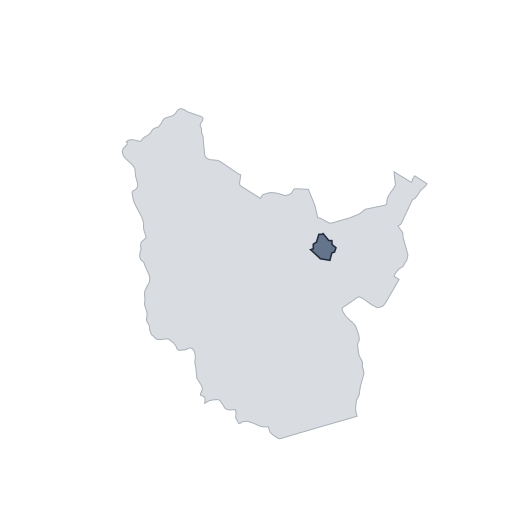 location of Canal/Pigi, Jonglei, South Sudan, rotated 32°
{"feature_id": "79223893B17498067697092", "entity_name": "Canal/Pigi", "entity_type": "district", "adm_level": 2, "iso_a3": "SSD", "parent_name": "South Sudan", "parent_adm1": "Jonglei", "projection": "robinson", "projection_center": [31.43, 9.096], "detail": "fine", "context": "in_parent", "style": "filled", "palette": "slate", "viewbox_px": 512, "rotation_deg": 32, "n_neighbors": 0, "source": "geoboundaries", "source_scale": "gbopen_adm2", "svg_char_len": 4009}
<svg xmlns="http://www.w3.org/2000/svg" viewBox="0 0 512 512"><g transform="rotate(32 256 256)"><path d="M386.9,382.7L374.4,396.9L373.5,397.8L372.0,398.9L366.9,398.9L361.7,398.2L356.9,394.5L352.0,397.4L348.9,398.3L347.0,398.6L342.6,399.1L336.5,400.6L333.7,402.5L332.2,404.0L331.0,406.8L330.4,407.1L329.3,406.8L327.7,405.7L324.4,404.0L322.8,400.5L321.2,398.4L320.0,397.2L314.8,400.8L312.3,401.6L310.2,401.5L306.4,399.5L302.3,397.8L300.1,397.8L296.9,399.9L293.3,403.1L291.4,406.2L290.5,408.1L289.2,405.2L288.0,403.5L286.2,402.8L282.8,403.5L281.9,402.5L281.7,400.0L281.2,397.8L280.3,396.1L277.7,394.4L270.7,391.0L265.4,384.2L262.7,381.0L260.7,379.0L258.0,373.6L254.8,369.9L251.0,368.2L248.4,369.1L245.8,373.0L240.9,376.7L238.6,376.8L235.8,374.8L232.1,373.4L225.6,372.8L222.9,374.5L219.4,377.4L216.4,379.1L214.5,379.3L212.8,378.6L210.9,378.2L209.2,378.2L205.7,375.6L203.9,373.7L202.7,371.8L200.7,370.6L198.4,369.5L196.7,367.9L195.9,365.9L194.6,363.3L192.9,360.9L187.6,356.7L186.0,354.2L184.9,351.7L182.8,349.0L180.5,345.4L179.7,340.2L179.6,335.9L179.1,334.0L178.2,332.0L177.0,330.3L175.2,328.5L170.8,325.7L166.4,322.6L164.2,320.8L160.1,320.1L157.7,318.3L155.7,314.3L154.9,311.1L152.8,308.7L151.9,306.9L151.4,304.8L153.1,298.6L150.7,296.3L147.2,293.5L144.7,290.3L143.1,287.4L138.6,283.6L128.7,277.9L123.1,274.2L119.9,271.0L117.2,267.8L117.0,266.4L118.7,263.2L119.0,260.6L117.6,257.7L111.7,252.2L107.0,246.2L103.4,244.3L94.8,242.7L92.3,242.0L89.8,240.9L87.2,238.2L86.4,235.0L87.6,229.8L86.9,228.3L85.4,227.8L85.8,226.8L87.4,224.3L90.1,222.6L97.2,220.1L97.6,219.1L97.8,215.9L98.4,214.4L100.8,209.9L101.2,208.2L101.3,204.4L101.6,202.6L102.3,201.3L104.3,199.1L105.0,197.8L105.3,194.9L105.1,189.2L106.1,186.9L110.6,181.7L111.8,179.4L112.2,177.3L112.2,175.2L112.5,173.1L113.8,171.1L115.0,170.5L118.3,169.8L120.5,170.2L136.2,166.7L138.1,167.2L138.9,169.3L138.8,172.6L139.1,174.3L139.9,175.4L142.4,177.0L144.1,179.7L145.0,180.7L147.5,182.5L159.2,197.9L162.5,199.3L165.7,198.8L172.0,195.6L175.2,194.8L197.4,195.7L199.9,195.2L200.1,195.3L203.5,203.0L205.1,204.7L229.4,204.8L229.0,202.6L229.3,200.2L233.6,195.5L234.2,194.9L238.0,192.7L241.7,191.2L248.7,189.4L251.3,186.6L252.7,184.1L252.8,179.1L253.7,178.3L255.4,177.1L263.6,172.6L265.0,171.7L279.4,182.1L287.5,190.3L288.0,190.7L288.4,190.9L288.9,190.6L289.2,190.2L290.2,189.8L293.7,189.7L300.2,189.3L302.4,188.3L315.6,173.6L318.9,168.9L319.8,168.0L321.7,164.7L323.7,158.9L324.1,158.3L338.5,144.5L339.0,143.4L339.1,142.5L337.0,137.9L336.5,135.5L336.4,131.9L336.8,126.3L336.7,122.7L336.5,121.8L336.4,121.6L328.3,111.4L348.6,111.3L348.6,110.0L348.6,109.6L348.2,108.4L348.0,106.8L348.0,105.9L348.1,105.1L348.1,104.6L348.1,104.2L348.2,103.9L362.7,104.1L362.6,107.0L360.8,113.7L360.8,117.7L360.4,122.4L359.9,123.7L359.2,124.8L358.9,125.4L358.9,125.9L362.0,151.7L361.8,152.8L361.0,154.4L360.8,154.9L360.7,155.4L361.0,155.6L367.8,158.4L368.1,158.6L368.4,158.8L370.8,162.2L384.1,174.4L384.5,175.0L385.9,178.9L386.1,179.5L386.1,180.4L386.1,181.1L385.8,183.4L385.9,184.4L386.1,185.1L386.3,185.9L386.3,186.2L386.2,186.7L384.2,191.2L383.6,194.3L383.4,197.0L383.5,198.5L383.7,199.5L383.9,199.9L384.1,200.1L389.8,200.1L389.8,201.5L390.6,224.8L390.6,227.5L390.4,230.7L389.7,232.0L388.1,233.9L386.1,235.6L380.9,236.0L376.6,235.9L373.5,235.6L369.4,235.4L365.4,235.8L364.0,237.2L358.8,249.6L357.2,252.7L356.8,254.5L357.3,255.6L359.3,257.2L363.8,259.4L368.9,260.6L372.7,261.2L375.3,261.8L377.3,262.5L384.5,268.1L386.9,270.7L388.2,273.0L388.5,275.5L389.5,278.0L396.1,285.8L402.4,289.4L404.8,293.5L407.2,295.5L409.4,297.7L410.6,300.9L413.3,310.2L415.2,315.1L417.1,319.1L417.8,325.6L419.3,328.5L420.9,332.1L423.4,335.3L426.1,337.7L426.6,338.4L399.4,368.7L386.9,382.7Z" fill="#d9dde1" stroke="#a8b0b8" stroke-width="1"/><path d="M311.0,224.0L312.0,224.3L321.0,220.5L318.7,213.2L320.5,211.1L319.5,206.6L314.5,206.0L312.2,202.7L309.5,204.3L301.0,201.4L300.7,202.5L297.8,204.3L299.9,212.2L298.3,215.7L300.8,219.5L298.9,221.7L311.0,224.0Z" fill="#64748b" stroke="#1e293b" stroke-width="1.5"/></g></svg>